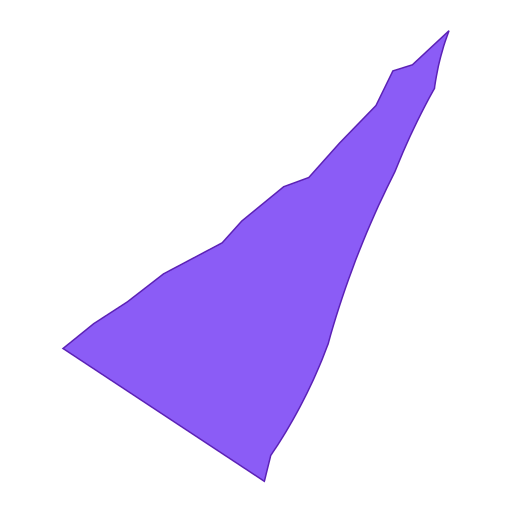 Ras al-Bar, Dumyat, Egypt (Equal Earth projection)
{"feature_id": "37247803B87284090425389", "entity_name": "Ras al-Bar", "entity_type": "district", "adm_level": 2, "iso_a3": "EGY", "parent_name": "Egypt", "parent_adm1": "Dumyat", "projection": "equal_earth", "projection_center": [31.836, 31.51], "detail": "fine", "context": "isolated", "style": "filled", "palette": "violet", "viewbox_px": 512, "rotation_deg": 0, "n_neighbors": 0, "source": "geoboundaries", "source_scale": "gbopen_adm2", "svg_char_len": 1119}
<svg xmlns="http://www.w3.org/2000/svg" viewBox="0 0 512 512"><path d="M264.3,481.3L264.4,481.0L264.6,480.4L266.3,473.4L270.4,456.9L270.5,456.2L270.7,455.5L273.6,451.1L277.7,445.0L281.6,438.8L285.5,432.5L289.2,426.2L292.9,419.8L296.5,413.3L300.0,406.8L303.4,400.2L306.8,393.5L310.0,386.8L313.2,380.1L316.2,373.3L319.2,366.4L322.1,359.5L324.8,352.5L327.5,345.5L327.8,344.8L328.1,344.1L330.6,334.9L333.4,325.4L336.3,315.9L339.3,306.5L342.4,297.1L345.6,287.7L348.9,278.4L352.3,269.2L355.7,259.9L359.3,250.8L363.0,241.6L366.7,232.6L370.6,223.5L374.5,214.6L378.5,205.6L382.7,196.8L386.9,187.9L391.2,179.2L394.9,171.7L396.5,167.8L399.8,159.8L403.1,151.9L406.6,144.0L410.1,136.2L413.8,128.4L417.5,120.7L421.3,113.1L425.2,105.5L429.2,97.9L433.3,90.5L434.5,88.4L434.7,86.4L435.5,81.3L436.4,76.2L437.4,71.1L438.4,66.0L439.6,61.0L440.9,55.9L442.3,51.0L443.7,46.0L445.3,41.1L447.0,36.3L448.7,31.5L449.0,30.7L448.8,30.9L412.4,64.8L392.9,70.9L376.0,105.5L339.6,143.0L308.8,177.5L283.7,186.7L241.8,221.0L222.2,242.8L163.6,273.8L127.3,301.9L93.8,323.6L63.0,348.5L264.3,481.3Z" fill="#8b5cf6" stroke="#5b21b6" stroke-width="1.5"/></svg>